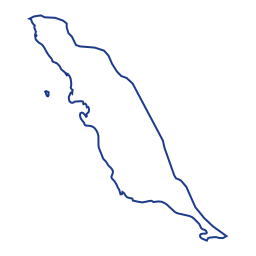 map outline of Bushehr (Mercator projection)
{"feature_id": "IRN-3210", "entity_name": "Bushehr", "entity_type": "Province", "adm_level": 1, "iso_a3": "IRN", "parent_name": "Iran", "parent_adm1": "", "projection": "mercator", "projection_center": [51.169, 28.786], "detail": "fine", "context": "isolated", "style": "outline", "palette": "blue", "viewbox_px": 256, "rotation_deg": 0, "n_neighbors": 0, "source": "natural_earth", "source_scale": "10m", "svg_char_len": 2559}
<svg xmlns="http://www.w3.org/2000/svg" viewBox="0 0 256 256"><path d="M206.8,240.6L201.5,238.3L200.2,236.9L200.0,235.3L200.7,234.3L201.8,233.8L203.2,233.7L204.5,233.7L205.9,233.6L206.8,232.8L206.2,231.1L205.1,230.1L202.4,229.1L201.3,228.2L200.8,227.3L199.7,224.8L199.3,224.1L194.2,218.8L192.0,217.1L189.5,216.0L177.5,213.3L175.0,212.1L167.0,204.7L164.5,203.0L161.7,201.8L158.5,201.4L153.9,202.0L152.8,201.6L151.5,200.8L149.1,201.0L146.5,201.6L142.3,202.4L139.6,202.0L133.8,200.8L133.0,200.6L132.7,200.1L132.6,199.3L132.4,198.8L132.0,198.4L129.9,198.1L127.0,197.2L125.6,195.7L124.0,193.1L122.4,192.0L121.9,194.2L120.5,194.3L119.2,189.7L117.9,187.8L116.8,185.0L114.3,180.9L113.1,179.8L111.8,178.3L111.4,176.8L112.9,172.7L112.8,170.6L111.4,168.4L109.1,166.2L108.2,165.2L105.9,161.5L103.6,159.2L103.1,158.4L99.0,148.2L98.5,145.8L98.4,136.0L97.5,132.7L96.0,129.8L94.3,127.8L92.1,126.4L89.3,125.8L86.6,125.6L85.2,125.3L84.6,124.4L84.1,122.9L81.0,118.9L80.4,117.4L80.0,115.3L80.3,113.4L81.6,112.6L83.0,113.0L84.3,114.2L85.4,115.6L86.1,116.8L86.8,116.2L86.7,115.7L86.4,115.0L86.5,114.2L87.0,113.6L88.3,112.4L88.8,111.6L89.0,109.9L88.8,108.1L88.2,107.0L86.9,107.3L86.4,105.1L85.9,104.3L85.1,103.6L84.7,103.7L84.1,104.0L83.5,104.2L83.3,103.8L83.2,102.5L83.0,101.9L82.8,101.5L81.2,101.2L75.9,101.5L74.7,101.7L72.9,102.8L71.0,102.6L69.5,101.3L68.9,99.1L68.8,97.2L69.0,96.3L69.6,95.4L70.1,94.3L70.5,93.0L71.1,92.5L72.2,93.6L72.5,90.4L72.6,89.9L72.0,89.7L71.6,89.2L70.7,87.7L71.2,85.8L71.2,82.8L70.8,79.7L70.3,77.6L69.4,76.0L68.1,74.2L67.1,73.7L67.1,76.0L66.7,75.2L64.8,72.3L61.2,69.3L60.6,68.3L60.2,67.0L59.1,65.5L56.9,63.3L52.9,61.7L52.3,60.9L51.9,59.3L50.9,57.9L49.1,55.8L47.3,53.2L44.2,47.6L42.6,45.2L41.3,44.1L38.5,42.4L35.9,39.7L35.7,39.3L35.5,38.4L35.4,37.0L35.2,36.1L36.2,36.0L36.5,35.5L36.1,35.0L35.2,34.5L35.9,31.9L34.3,27.5L34.7,25.4L33.8,24.7L32.7,23.3L31.8,21.7L31.5,20.4L31.1,19.6L30.1,18.9L29.5,18.7L33.9,16.5L40.8,15.4L44.7,17.3L55.1,17.8L63.0,20.6L65.5,22.5L66.7,23.6L66.7,27.6L68.5,33.2L71.9,36.6L76.0,45.0L79.8,46.4L94.7,47.6L104.0,50.6L108.5,55.6L112.1,63.9L116.9,71.5L121.2,76.0L126.6,78.0L132.6,83.5L162.9,140.6L164.4,147.5L174.3,175.5L176.0,178.3L179.0,179.5L181.2,180.8L186.3,186.8L195.4,207.3L204.3,218.2L213.0,226.4L226.5,236.1L223.5,237.8L222.6,238.1L219.5,238.0L216.1,237.1L215.0,237.1L210.6,237.5L209.9,237.5L208.5,238.1L208.2,238.1L207.9,238.5L206.8,240.6ZM46.8,91.4L48.0,91.9L48.7,92.4L48.4,93.7L48.6,95.0L48.1,96.2L47.5,96.3L46.8,95.7L46.1,94.0L45.7,92.5L45.2,91.6L46.0,91.1L46.8,91.4Z" fill="none" stroke="#1e3a8a" stroke-width="2"/></svg>